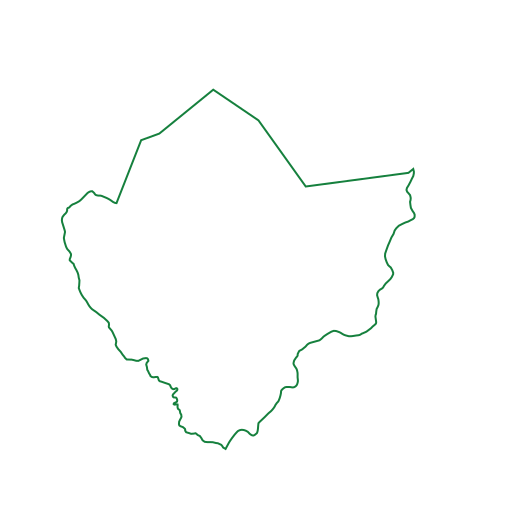 Concepcion del Norte, Santa Bárbara, Honduras (Mercator projection), rotated 340°
{"feature_id": "27666195B83533862193287", "entity_name": "Concepcion del Norte", "entity_type": "district", "adm_level": 2, "iso_a3": "HND", "parent_name": "Honduras", "parent_adm1": "Santa Bárbara", "projection": "mercator", "projection_center": [-88.152, 15.199], "detail": "fine", "context": "isolated", "style": "outline", "palette": "green", "viewbox_px": 512, "rotation_deg": 340, "n_neighbors": 0, "source": "geoboundaries", "source_scale": "gbopen_adm2", "svg_char_len": 6067}
<svg xmlns="http://www.w3.org/2000/svg" viewBox="0 0 512 512"><g transform="rotate(340 256 256)"><path d="M433.5,228.0L427.7,230.0L326.5,207.7L304.7,129.4L272.7,85.1L207.0,107.9L187.7,107.9L143.0,158.6L142.4,158.3L141.6,157.8L140.2,156.4L138.3,153.6L137.0,152.0L135.5,150.4L133.1,148.2L131.7,146.9L130.7,146.2L130.3,146.0L129.0,145.5L128.3,145.2L127.3,144.6L126.5,144.0L126.1,143.5L125.9,143.0L125.7,142.6L125.6,141.9L125.4,141.3L125.1,140.7L124.9,140.3L124.2,139.1L123.9,139.0L123.5,138.9L122.6,138.7L121.5,138.7L120.3,138.9L119.2,139.2L118.4,139.6L113.7,141.9L111.0,143.2L109.9,143.6L108.9,144.0L107.3,144.3L105.3,144.6L103.0,144.8L101.3,144.8L100.9,144.9L99.9,145.2L98.9,145.5L97.7,146.2L97.0,146.5L96.5,146.6L95.8,146.5L95.4,146.6L95.0,146.9L94.6,147.3L94.4,147.8L94.1,148.5L94.0,148.9L93.6,149.3L93.1,149.9L92.1,150.6L91.6,150.9L89.9,151.6L89.0,152.2L88.0,152.8L87.5,153.2L87.0,153.8L86.6,154.4L86.2,155.1L86.0,155.7L85.7,156.3L85.6,157.1L85.4,157.8L85.3,160.2L85.0,166.3L84.9,167.2L84.8,167.9L84.7,168.2L81.8,173.0L81.6,173.4L81.5,174.0L81.2,175.6L80.9,177.6L80.8,179.9L80.7,182.2L80.8,183.4L81.0,184.8L81.2,185.4L82.0,187.3L82.4,188.5L82.7,190.1L82.8,190.9L82.6,191.6L82.2,192.4L81.3,193.7L80.1,195.0L79.7,195.7L79.5,196.4L81.1,199.7L81.9,201.0L81.8,202.9L82.0,205.4L82.4,207.7L82.7,210.5L82.6,212.9L82.0,215.9L81.8,218.4L81.1,220.1L79.7,223.3L78.5,225.5L78.5,227.9L78.6,230.1L78.9,232.7L79.4,234.9L79.8,236.5L80.5,238.2L81.1,239.9L81.5,241.9L81.8,244.0L82.3,246.3L83.0,248.3L83.8,250.0L86.8,254.2L88.8,257.6L91.9,262.1L94.1,266.4L94.8,268.3L94.6,269.5L94.3,270.5L93.6,271.7L93.4,272.8L94.9,276.8L95.2,278.7L95.8,286.1L95.5,288.4L94.7,289.9L93.8,291.4L93.9,293.4L94.7,296.4L96.1,299.8L96.9,303.1L97.8,305.6L98.0,306.8L99.1,309.0L100.3,309.5L103.6,310.8L105.5,312.0L107.6,313.5L109.6,314.3L114.8,313.7L117.7,314.3L118.8,315.0L119.2,316.1L119.0,317.7L116.7,319.1L115.7,320.5L115.6,321.9L115.5,323.1L114.9,325.8L115.2,327.0L115.4,329.7L115.8,331.5L115.8,332.7L116.4,333.6L116.8,334.1L118.1,334.9L119.3,335.2L120.1,335.3L121.9,335.9L122.3,336.5L122.2,339.7L122.8,340.8L124.1,341.7L127.4,344.4L129.2,345.8L130.4,346.8L131.1,348.1L131.1,349.7L131.5,351.5L132.6,352.8L133.7,353.1L135.3,352.9L135.8,352.9L136.3,353.2L136.6,354.2L136.0,355.2L135.2,355.6L134.2,355.9L132.4,356.8L130.8,357.6L130.0,358.4L129.8,359.8L130.4,360.8L131.6,361.3L132.5,361.8L132.8,362.8L132.7,363.8L132.7,364.5L132.0,365.8L130.5,366.1L128.8,366.2L128.0,366.9L128.4,367.7L129.1,367.9L130.4,368.2L130.8,368.3L131.5,368.7L131.2,369.8L130.6,371.0L130.4,372.8L131.5,374.6L131.5,375.6L131.3,376.4L131.1,378.1L131.5,379.3L131.0,381.6L130.2,382.5L128.6,383.9L127.1,385.4L126.1,387.6L126.0,389.0L126.8,390.1L128.8,391.8L130.1,394.1L130.0,395.4L129.7,395.9L130.1,397.7L131.4,398.7L132.4,399.4L134.2,400.9L136.7,401.6L138.6,401.9L139.4,403.1L139.9,404.2L140.5,404.8L141.7,406.0L142.5,408.9L142.6,410.3L143.2,411.6L144.3,413.1L146.9,414.4L149.7,415.4L151.7,416.2L154.5,418.1L156.1,418.9L158.8,421.6L159.4,423.4L159.6,424.7L161.4,426.9L165.1,423.6L166.9,422.0L168.6,420.7L171.0,419.0L174.9,416.5L177.1,415.3L178.1,414.8L178.7,414.5L179.3,414.3L180.2,414.2L181.0,414.1L181.8,414.2L182.5,414.3L183.3,414.5L184.5,415.1L185.2,415.5L186.1,416.2L186.8,416.8L187.2,417.3L188.1,418.3L188.6,419.3L189.2,420.8L189.9,421.9L190.8,423.0L191.4,423.4L191.9,423.7L192.2,423.8L192.6,423.8L193.0,423.8L193.6,423.7L194.4,423.4L195.9,422.9L196.3,422.7L196.7,422.3L197.3,421.5L197.9,420.6L198.7,419.1L200.3,415.6L201.1,414.0L201.2,413.9L202.5,413.2L209.0,410.4L213.4,408.3L214.6,407.8L216.6,407.1L217.9,406.5L219.0,405.9L220.5,405.0L222.0,403.9L223.6,402.4L224.4,401.9L225.2,401.3L226.8,400.5L227.3,400.2L228.1,399.4L229.0,398.4L229.7,397.6L231.3,395.4L232.6,393.3L233.2,391.9L233.5,391.4L233.8,391.0L234.4,390.7L235.3,390.2L236.7,389.7L237.9,389.4L238.5,389.3L239.1,389.4L239.7,389.5L241.4,390.1L242.5,390.5L243.6,391.0L244.8,391.7L245.2,391.9L245.7,392.1L246.2,392.2L247.0,392.3L247.8,392.2L248.9,391.9L249.7,391.5L250.5,390.9L251.1,390.2L251.9,389.1L252.5,388.1L252.9,387.0L253.6,384.2L254.0,383.1L254.6,381.5L254.9,380.6L255.1,379.9L255.4,378.0L255.5,376.6L255.4,375.5L254.7,372.9L254.4,371.1L254.4,370.6L254.4,370.2L254.5,369.8L254.7,369.4L255.1,368.7L255.6,368.0L256.1,367.3L256.7,366.8L257.8,366.0L259.0,365.1L260.4,364.4L260.9,363.9L261.2,363.5L261.5,362.7L261.8,362.2L263.8,360.3L264.1,360.1L264.3,360.0L264.8,359.9L265.7,359.8L266.5,359.7L267.6,359.5L269.8,358.7L271.3,358.2L272.1,357.8L273.5,357.0L274.2,356.7L274.9,356.5L275.7,356.3L276.5,356.2L277.6,356.2L283.9,356.7L286.1,356.9L286.9,356.9L287.9,356.6L289.1,356.2L290.2,355.7L291.8,354.9L293.1,354.5L296.4,353.7L298.1,353.4L300.9,352.9L302.1,352.9L303.3,352.9L304.1,353.2L305.0,353.6L305.9,354.1L307.1,355.1L308.4,356.2L309.4,357.3L310.7,359.0L311.9,360.3L313.0,361.2L314.0,361.9L314.7,362.4L315.9,363.2L316.5,363.4L317.3,363.7L318.6,364.1L320.5,364.5L323.1,365.0L325.2,365.5L326.0,365.6L326.9,365.6L327.9,365.4L329.1,365.1L329.7,365.2L330.5,365.1L332.4,365.0L333.6,364.9L334.5,364.7L337.1,363.9L339.4,363.2L340.0,362.9L341.4,362.2L344.2,361.2L345.0,360.8L345.5,360.6L345.7,360.3L345.9,360.1L346.3,359.3L346.6,358.0L347.4,354.2L347.6,353.5L348.0,352.8L348.3,352.2L348.9,351.6L349.1,351.2L350.0,349.3L351.2,347.1L351.6,346.7L352.7,345.7L354.0,344.3L354.5,343.6L355.1,342.4L355.6,340.9L356.1,338.8L356.2,337.9L356.2,336.7L356.4,334.2L357.3,332.4L359.0,330.9L361.1,330.0L363.0,329.7L364.6,329.1L366.1,327.8L368.5,326.2L372.0,324.7L374.4,323.6L376.3,322.3L378.6,320.1L379.2,318.7L379.2,315.9L378.7,312.8L377.9,311.5L377.0,309.6L376.7,306.6L376.7,303.3L377.1,300.4L378.2,297.9L380.2,295.4L383.7,291.2L386.3,288.5L389.6,284.9L392.8,282.3L395.0,279.5L397.3,277.9L400.6,276.4L404.5,275.9L407.9,275.6L410.8,275.7L413.3,275.3L416.0,275.0L417.5,274.4L418.4,273.5L419.2,271.5L419.2,269.8L418.5,267.1L418.0,263.8L418.6,260.7L419.3,257.8L420.4,256.2L421.2,254.5L421.4,253.3L421.6,251.5L420.7,249.0L420.0,247.3L420.0,245.4L421.1,243.7L423.4,241.9L426.4,239.2L428.9,236.7L431.1,234.7L432.5,232.5L433.2,230.8L433.5,228.0Z" fill="none" stroke="#15803d" stroke-width="2"/></g></svg>